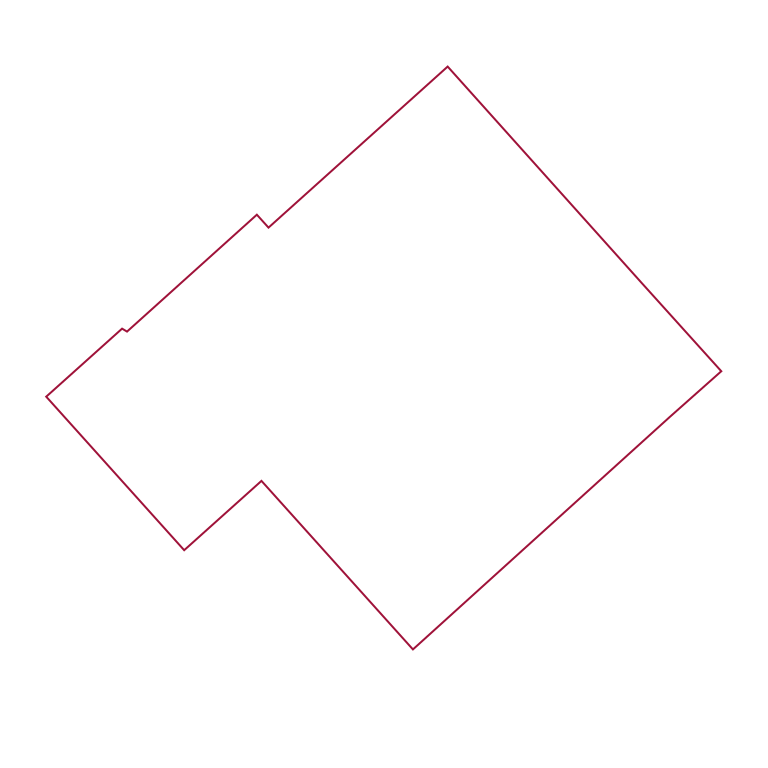 the district of Jackson, Kansas, United States of America, rotated 228°
{"feature_id": "52423323B12830113824680", "entity_name": "Jackson", "entity_type": "district", "adm_level": 2, "iso_a3": "USA", "parent_name": "United States of America", "parent_adm1": "Kansas", "projection": "mercator", "projection_center": [-95.775, 39.435], "detail": "fine", "context": "isolated", "style": "outline", "palette": "rose", "viewbox_px": 768, "rotation_deg": 228, "n_neighbors": 0, "source": "geoboundaries", "source_scale": "gbopen_adm2", "svg_char_len": 322}
<svg xmlns="http://www.w3.org/2000/svg" viewBox="0 0 768 768"><g transform="rotate(228 384 384)"><path d="M167.4,227.9L168.3,574.3L167.8,643.2L287.4,643.1L577.3,643.7L577.5,402.8L594.9,402.8L594.9,228.1L600.4,226.4L600.6,124.5L394.2,124.3L394.0,228.1L167.4,227.9Z" fill="none" stroke="#9f1239" stroke-width="2"/></g></svg>